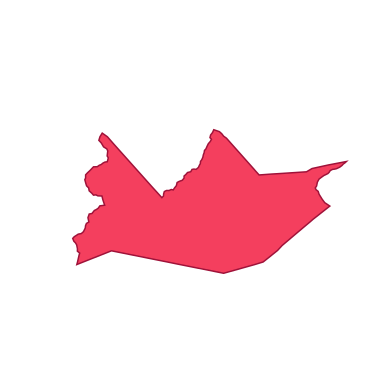 the district of Brejo Santo, Ceará, Brazil, rotated 137°
{"feature_id": "56859067B35872262147230", "entity_name": "Brejo Santo", "entity_type": "district", "adm_level": 2, "iso_a3": "BRA", "parent_name": "Brazil", "parent_adm1": "Ceará", "projection": "orthographic", "projection_center": [-38.931, -7.585], "detail": "fine", "context": "isolated", "style": "filled", "palette": "rose", "viewbox_px": 384, "rotation_deg": 137, "n_neighbors": 0, "source": "geoboundaries", "source_scale": "gbopen_adm2", "svg_char_len": 2041}
<svg xmlns="http://www.w3.org/2000/svg" viewBox="0 0 384 384"><g transform="rotate(137 192 192)"><path d="M100.8,87.7L101.7,91.6L102.2,93.6L102.0,95.6L101.7,98.1L100.6,103.7L99.3,106.4L99.7,109.1L99.1,110.9L96.8,111.4L93.6,113.7L90.3,114.8L87.3,114.5L84.2,114.1L82.4,113.5L80.0,112.8L78.1,112.9L76.3,113.4L73.8,112.7L72.0,111.4L70.4,110.5L67.0,109.4L64.2,109.1L62.2,109.3L60.3,109.0L58.3,109.0L73.7,118.7L88.2,127.3L94.5,128.7L112.4,143.3L119.1,148.8L121.0,150.4L131.3,158.7L131.2,164.2L131.1,166.1L130.6,187.3L130.3,200.3L130.1,207.9L130.8,211.2L130.5,214.4L130.8,217.5L133.6,222.7L136.4,221.5L139.5,221.0L141.8,219.5L141.8,217.3L144.1,216.5L147.1,216.2L149.7,215.2L152.5,214.0L154.5,213.9L156.4,212.4L158.3,211.5L160.4,210.0L163.0,208.9L164.9,208.6L166.5,207.1L168.4,206.5L170.5,205.6L173.5,205.7L175.0,207.5L176.6,208.5L179.1,207.7L182.0,209.3L184.7,209.0L186.9,209.1L188.3,207.6L191.1,207.2L194.1,208.5L196.4,209.1L199.1,207.3L202.0,206.9L204.3,206.3L205.5,208.0L207.7,208.7L209.6,210.5L211.9,211.2L214.0,210.0L215.6,208.5L217.9,208.4L217.7,223.7L216.5,280.9L216.2,290.1L217.5,296.3L221.6,295.2L224.9,293.3L224.9,289.9L225.4,287.5L225.9,285.3L224.9,281.7L225.6,279.5L229.5,276.2L229.9,274.1L233.3,271.9L235.3,273.3L237.5,273.9L239.6,274.0L241.6,274.8L244.0,275.1L246.9,277.6L251.8,277.3L255.4,277.3L258.1,277.1L260.3,274.8L262.0,274.1L263.8,270.7L264.9,268.4L264.8,265.5L266.4,263.0L266.1,259.2L266.2,256.9L264.2,255.4L263.5,253.4L260.6,250.5L262.5,247.1L264.9,241.9L268.8,244.7L271.7,244.1L274.2,244.5L276.0,245.1L279.8,244.5L282.2,246.0L285.6,244.2L287.9,240.4L290.6,241.0L292.8,240.0L294.7,238.4L298.5,237.0L301.3,237.1L304.0,238.8L306.5,239.2L308.6,239.6L310.9,239.4L312.0,236.5L311.9,234.4L312.4,232.0L314.5,228.6L316.2,226.9L315.8,223.9L317.7,222.8L320.8,220.7L323.3,219.0L325.7,217.5L291.0,203.9L266.6,169.9L258.1,158.1L252.2,149.8L241.7,135.2L224.3,111.0L195.9,96.3L187.7,92.3L185.3,92.1L169.3,90.9L162.6,91.4L145.3,90.6L131.1,89.9L125.8,89.6L122.2,89.5L100.8,87.7Z" fill="#f43f5e" stroke="#9f1239" stroke-width="1.5"/></g></svg>